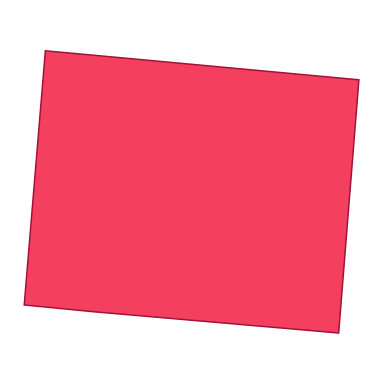 the district of Thomas, Nebraska, United States of America, rotated 5°
{"feature_id": "52423323B67335599422711", "entity_name": "Thomas", "entity_type": "district", "adm_level": 2, "iso_a3": "USA", "parent_name": "United States of America", "parent_adm1": "Nebraska", "projection": "orthographic", "projection_center": [-100.534, 41.914], "detail": "fine", "context": "isolated", "style": "filled", "palette": "rose", "viewbox_px": 384, "rotation_deg": 5, "n_neighbors": 0, "source": "geoboundaries", "source_scale": "gbopen_adm2", "svg_char_len": 236}
<svg xmlns="http://www.w3.org/2000/svg" viewBox="0 0 384 384"><g transform="rotate(5 192 192)"><path d="M348.5,65.7L33.6,64.1L34.7,319.2L106.2,319.9L350.4,319.7L348.5,65.7Z" fill="#f43f5e" stroke="#9f1239" stroke-width="1.5"/></g></svg>